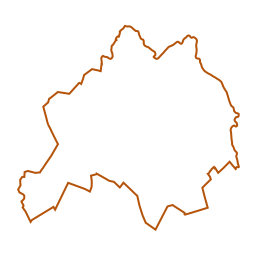 the district of Giulvaz, Timis, Romania, rotated 269°
{"feature_id": "2599482B83282786366708", "entity_name": "Giulvaz", "entity_type": "district", "adm_level": 2, "iso_a3": "ROU", "parent_name": "Romania", "parent_adm1": "Timis", "projection": "natural_earth1", "projection_center": [20.989, 45.536], "detail": "fine", "context": "isolated", "style": "outline", "palette": "amber", "viewbox_px": 256, "rotation_deg": 269, "n_neighbors": 0, "source": "geoboundaries", "source_scale": "gbopen_adm2", "svg_char_len": 5886}
<svg xmlns="http://www.w3.org/2000/svg" viewBox="0 0 256 256"><g transform="rotate(269 128 128)"><path d="M186.7,203.4L188.1,202.8L189.1,202.5L189.9,202.4L190.4,202.2L191.4,201.8L192.1,201.4L192.4,201.2L193.0,201.1L194.6,201.2L195.4,200.9L195.8,200.5L196.1,200.1L196.2,198.7L196.6,197.9L196.8,197.5L197.3,197.2L197.6,197.1L198.1,197.0L198.5,196.9L200.0,197.2L200.5,197.4L201.8,197.7L202.8,197.8L203.6,197.9L205.0,198.0L205.7,198.0L206.8,197.8L209.6,197.6L210.7,197.8L211.7,198.0L213.0,198.4L213.9,198.4L214.8,198.3L215.5,198.0L215.9,197.7L216.6,196.9L217.4,195.9L217.6,195.5L217.7,195.2L217.7,194.7L217.6,194.2L217.3,193.8L217.1,193.2L217.4,192.5L217.8,192.1L218.7,191.6L219.0,191.3L219.3,190.9L219.4,190.6L219.4,189.9L219.3,189.6L219.2,189.2L218.2,188.2L217.4,187.5L217.0,186.9L216.7,186.3L216.2,185.7L215.5,185.2L214.9,184.8L213.4,184.2L212.9,184.1L212.6,184.0L211.6,183.3L211.4,183.0L211.3,182.6L211.4,182.3L211.5,181.9L212.1,181.1L212.7,180.5L213.2,180.0L213.3,179.7L213.3,179.1L213.3,178.8L213.0,178.2L211.5,176.2L211.0,175.6L210.4,174.8L210.1,174.1L209.3,172.5L209.0,171.8L208.8,171.3L208.7,170.8L208.6,170.4L208.3,170.0L208.0,169.7L206.7,168.5L204.0,165.9L202.3,164.5L201.3,163.4L201.0,163.1L197.6,159.8L197.0,159.1L196.9,158.8L196.7,158.2L196.6,157.8L196.7,157.6L196.9,157.1L197.3,156.4L197.7,155.8L198.1,155.3L198.6,154.9L198.8,154.9L198.9,155.0L199.3,155.4L199.5,155.7L199.7,155.9L200.2,156.4L200.5,156.6L201.1,156.7L201.7,156.7L203.0,156.3L203.8,155.8L204.5,154.7L205.1,153.8L206.0,152.6L208.3,149.9L208.8,148.9L208.9,148.4L209.3,147.4L209.9,146.5L210.4,146.0L210.8,145.7L211.9,145.3L212.4,145.2L213.9,145.3L214.4,145.2L214.9,145.2L215.6,144.9L216.1,144.6L216.3,144.0L216.3,143.8L216.4,143.5L216.7,143.0L217.0,142.7L217.2,142.4L217.9,142.0L219.3,141.6L220.5,141.0L221.2,140.7L222.2,140.5L223.0,140.4L223.4,140.3L223.8,140.2L224.1,140.0L224.4,139.8L224.6,139.5L224.7,139.3L224.8,138.5L224.8,137.9L224.8,137.6L225.4,136.8L225.8,136.4L227.5,134.4L227.8,134.2L228.7,133.2L229.1,132.5L229.5,131.7L229.6,130.9L229.5,129.2L229.7,128.5L229.7,128.0L230.0,127.0L230.1,126.7L229.0,125.9L227.6,125.0L225.9,122.7L225.6,122.6L224.9,121.6L224.7,121.5L224.3,121.5L223.6,121.6L222.9,121.4L222.2,121.4L221.9,121.2L221.7,121.0L220.2,120.7L219.7,120.5L219.4,120.3L219.8,119.7L219.7,119.3L219.5,118.9L219.0,118.4L217.6,117.5L216.8,117.3L216.4,117.4L216.1,117.9L215.9,117.6L215.9,117.4L215.7,117.2L214.7,116.6L214.0,116.2L213.0,115.5L212.8,115.2L211.9,114.8L211.5,114.5L210.8,113.5L210.4,113.2L210.1,113.1L209.3,113.1L206.9,112.7L206.3,112.6L204.9,112.9L204.5,113.0L203.4,113.5L200.4,113.9L199.9,113.9L198.4,113.2L198.2,113.0L197.6,112.2L197.4,111.7L197.4,111.4L197.8,110.6L198.1,109.9L198.4,109.5L199.0,108.9L199.2,108.4L199.8,105.4L200.4,104.6L200.5,104.2L200.3,103.9L200.1,103.6L199.2,102.9L198.6,102.6L198.0,102.5L195.5,102.8L193.1,103.0L192.5,103.0L192.0,102.9L192.1,102.6L191.4,102.6L190.7,102.4L188.4,102.1L188.2,102.1L186.8,101.9L185.8,101.8L185.3,101.7L186.1,99.0L187.3,93.9L187.5,93.1L181.7,85.0L178.1,84.0L173.5,82.2L172.9,81.9L173.1,81.7L173.6,80.9L173.9,79.9L173.5,79.5L167.1,73.5L164.7,71.3L163.2,69.8L163.8,66.5L165.2,58.5L161.5,53.7L159.5,51.1L158.5,49.6L155.0,48.6L151.8,44.8L150.9,43.7L150.6,43.7L140.4,46.3L134.4,47.7L132.0,48.6L131.0,49.1L129.1,50.1L127.4,50.9L127.2,50.9L117.9,55.3L113.1,57.7L103.1,51.7L101.2,50.5L92.5,44.3L89.5,42.3L87.9,41.0L85.4,39.3L85.1,39.2L84.9,36.4L84.8,34.4L86.8,27.1L85.8,23.9L80.9,23.5L81.0,21.5L78.2,19.3L73.5,19.4L72.7,19.6L68.4,17.1L65.5,18.3L64.7,19.9L63.3,22.2L62.7,22.7L62.0,23.1L60.4,23.1L59.4,22.9L58.6,22.5L57.2,21.1L56.8,20.6L56.6,20.3L56.4,20.2L55.5,20.5L54.6,21.0L52.4,22.2L52.0,22.2L50.5,21.3L48.6,22.5L48.2,22.8L46.3,24.1L35.8,29.0L37.6,30.3L37.8,30.5L50.4,52.1L47.6,53.7L74.2,67.2L68.4,82.3L67.5,84.4L65.1,88.8L69.9,90.6L73.8,90.8L75.9,90.8L81.0,90.2L82.4,96.0L82.8,96.0L80.5,100.0L75.5,108.4L74.4,113.0L74.2,113.2L68.7,118.8L73.4,122.5L68.5,127.5L61.8,134.2L60.0,136.1L50.3,138.1L43.5,140.1L40.0,141.2L33.4,143.9L32.8,144.5L32.7,144.4L25.9,153.7L47.9,165.6L48.5,165.9L48.8,166.2L49.0,166.5L50.2,171.2L48.4,173.8L42.2,183.1L40.9,183.0L40.6,183.1L40.5,183.3L40.4,183.6L40.9,185.4L41.6,188.0L44.5,198.1L46.9,206.3L58.9,203.2L67.0,201.3L69.5,203.9L75.2,209.9L77.9,209.1L80.8,207.0L81.4,208.0L81.7,208.3L82.0,208.5L83.3,209.1L83.5,209.3L83.6,209.5L84.2,210.0L84.5,210.5L85.5,210.9L87.5,213.2L86.2,213.9L86.6,214.4L81.6,217.4L85.7,222.0L85.8,222.2L92.5,229.0L89.3,231.5L85.1,234.9L85.2,235.0L84.5,235.5L86.2,234.7L87.0,235.9L87.0,236.2L86.9,236.9L86.9,237.2L86.9,237.3L87.0,237.9L87.1,238.1L87.5,238.1L90.6,237.3L93.6,236.8L94.5,236.6L97.0,235.9L97.5,235.8L98.1,235.8L99.1,236.1L99.3,236.2L100.1,236.4L101.0,236.5L101.5,236.3L102.0,236.0L102.6,235.4L102.9,235.0L103.5,234.6L104.0,234.2L105.0,233.8L107.4,233.0L107.9,232.8L108.6,232.2L108.9,232.1L109.5,231.9L110.4,231.8L111.6,231.8L115.5,231.3L121.2,231.0L122.2,230.9L123.5,230.6L124.1,230.6L124.6,230.6L125.5,230.9L126.0,231.1L127.0,231.7L127.7,232.4L128.2,233.0L128.5,233.9L128.6,234.3L128.2,234.9L127.9,235.3L127.7,235.6L127.6,236.0L127.8,236.5L128.1,236.8L128.5,237.1L128.9,237.2L130.3,237.0L131.2,236.7L132.4,235.6L132.7,235.3L133.3,234.9L133.7,234.8L134.1,234.7L134.7,234.8L135.1,235.0L135.5,235.1L136.7,236.1L137.0,236.5L137.2,238.0L137.3,238.2L137.6,238.5L137.9,238.7L138.9,238.9L139.6,238.9L140.3,238.8L140.4,238.7L140.5,238.5L140.7,237.9L141.1,236.5L141.2,236.1L142.7,234.7L142.9,234.5L143.2,234.4L145.8,234.0L146.6,233.7L147.4,232.9L147.6,232.6L147.9,232.2L148.7,231.5L149.6,231.1L150.5,230.7L152.3,230.1L154.5,229.4L158.6,228.3L160.3,227.8L162.0,227.3L162.6,227.0L163.4,226.4L165.3,225.3L166.1,224.8L166.8,224.4L170.9,222.8L172.2,222.3L173.2,221.4L174.4,220.0L176.3,217.0L177.0,216.1L177.4,215.3L178.1,214.1L179.8,211.7L180.5,210.4L180.9,209.6L181.8,208.1L183.1,206.3L183.7,205.5L184.5,204.9L184.9,204.6L186.7,203.4Z" fill="none" stroke="#b45309" stroke-width="2"/></g></svg>